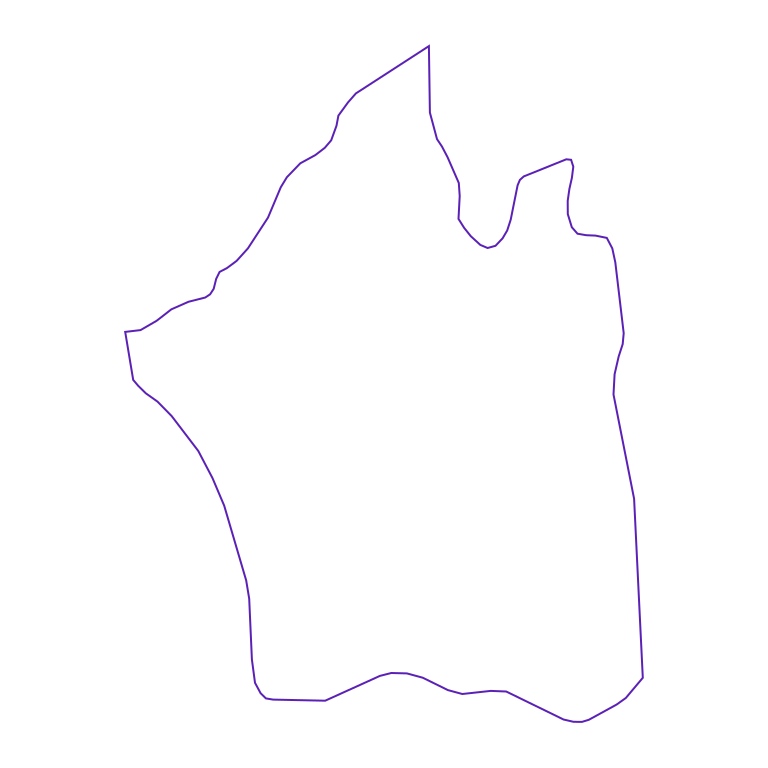 Ntchisi, Equal Earth projection
{"feature_id": "MWI-1913", "entity_name": "Ntchisi", "entity_type": "District", "adm_level": 1, "iso_a3": "MWI", "parent_name": "Malawi", "parent_adm1": "", "projection": "equal_earth", "projection_center": [33.898, -13.273], "detail": "fine", "context": "isolated", "style": "outline", "palette": "violet", "viewbox_px": 768, "rotation_deg": 0, "n_neighbors": 0, "source": "natural_earth", "source_scale": "10m", "svg_char_len": 1264}
<svg xmlns="http://www.w3.org/2000/svg" viewBox="0 0 768 768"><path d="M428.9,46.1L429.9,112.6L437.0,139.1L442.0,146.6L447.6,157.3L458.8,183.0L459.7,196.0L458.5,218.9L464.1,227.8L470.8,236.2L480.3,244.9L487.6,248.0L495.5,245.8L502.6,238.3L507.2,230.5L510.7,219.7L517.6,185.3L519.9,179.9L523.8,176.4L566.3,159.3L571.1,159.8L573.3,166.7L571.9,177.8L569.4,188.9L567.7,200.9L567.8,214.1L571.8,227.2L577.5,233.7L586.1,235.2L595.5,235.6L606.8,237.9L612.3,248.4L615.3,262.3L623.7,333.2L622.7,344.1L618.7,356.4L614.6,374.2L613.5,394.5L634.1,498.8L642.8,677.8L625.8,698.0L616.7,704.5L588.8,719.8L581.9,721.9L573.5,721.8L563.5,719.5L506.2,691.5L490.7,690.9L462.3,694.0L447.9,690.1L422.7,677.7L406.9,673.4L391.3,673.0L379.9,675.9L325.2,700.7L273.1,699.6L265.9,698.4L260.6,693.2L255.0,682.8L251.9,659.5L249.2,598.7L246.2,580.5L224.2,505.7L212.5,478.1L198.3,451.0L171.7,416.1L157.5,401.6L145.8,393.3L138.2,385.8L133.2,379.9L125.2,331.9L140.5,330.1L156.6,320.8L171.4,309.3L188.4,301.8L205.3,297.5L210.1,294.3L213.7,288.8L216.2,278.8L219.6,271.9L226.9,268.1L236.6,260.9L247.9,248.4L268.0,217.6L280.8,187.2L286.9,177.2L300.3,163.3L315.3,155.1L324.8,147.8L331.2,140.3L336.5,125.7L338.4,115.6L348.0,102.4L355.9,93.4L428.9,46.1Z" fill="none" stroke="#5b21b6" stroke-width="2"/></svg>